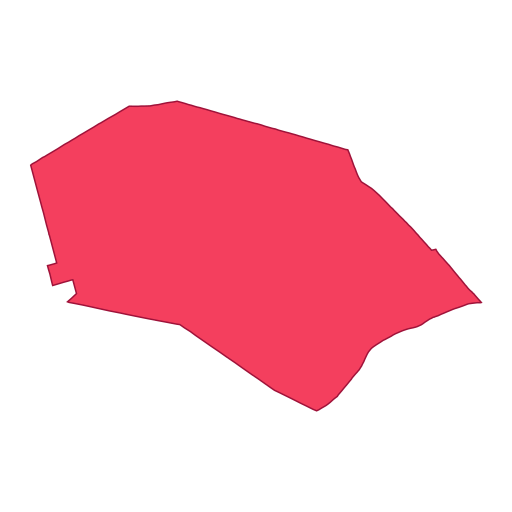 the district of Al-Rutba, Al-Anbar, Iraq
{"feature_id": "34846034B71122492404189", "entity_name": "Al-Rutba", "entity_type": "district", "adm_level": 2, "iso_a3": "IRQ", "parent_name": "Iraq", "parent_adm1": "Al-Anbar", "projection": "natural_earth1", "projection_center": [41.592, 32.564], "detail": "fine", "context": "isolated", "style": "filled", "palette": "rose", "viewbox_px": 512, "rotation_deg": 0, "n_neighbors": 0, "source": "geoboundaries", "source_scale": "gbopen_adm2", "svg_char_len": 4096}
<svg xmlns="http://www.w3.org/2000/svg" viewBox="0 0 512 512"><path d="M435.8,249.3L433.4,249.9L431.5,250.2L429.9,248.3L428.2,246.7L426.6,244.7L424.0,241.9L421.9,239.5L419.8,237.3L417.9,234.9L416.5,233.5L415.1,231.9L414.2,230.8L412.2,228.6L410.6,226.9L408.6,225.1L406.4,222.6L404.9,221.3L403.2,219.4L401.1,217.4L399.2,215.6L397.8,214.1L396.0,212.3L394.2,210.5L393.0,209.1L392.4,208.5L390.5,206.9L387.9,204.1L385.3,201.4L383.1,199.2L380.3,196.3L379.0,195.0L378.4,194.5L376.2,192.5L374.0,190.5L371.5,188.4L368.7,186.6L366.0,184.8L363.6,183.3L362.3,182.5L361.2,181.7L359.9,179.5L358.7,177.5L357.7,175.4L356.8,173.2L356.1,171.4L355.3,169.1L354.3,166.9L353.4,164.5L352.5,161.9L351.5,159.1L350.4,156.4L349.5,153.8L348.1,150.5L347.8,149.8L345.3,149.4L341.8,148.3L338.0,147.1L333.6,146.0L331.1,145.2L328.8,144.4L323.9,143.1L319.5,141.8L315.1,140.6L310.4,139.2L306.8,138.2L302.7,136.9L299.0,135.9L295.2,134.7L292.2,133.9L289.2,133.0L285.6,132.1L282.3,131.2L278.7,130.2L275.4,129.0L272.5,128.4L268.6,127.3L265.1,126.3L261.4,125.0L257.2,123.8L254.7,123.3L251.8,122.5L249.4,121.8L249.1,121.7L248.9,121.7L245.4,120.7L242.4,119.9L239.8,119.1L237.3,118.5L234.7,117.6L231.2,116.6L227.6,115.6L223.1,114.4L219.2,113.3L215.0,112.0L210.7,110.8L206.8,109.6L203.1,108.6L200.1,107.7L196.9,107.0L194.2,106.2L191.4,105.3L188.5,104.6L185.5,103.6L181.3,102.4L178.7,101.7L177.2,101.2L174.4,101.8L171.5,102.2L171.2,102.2L167.6,102.7L165.4,103.1L162.6,103.7L158.1,104.7L154.3,105.1L150.2,105.9L147.4,106.0L143.7,106.1L140.9,106.1L138.0,106.3L134.2,106.3L129.9,106.2L129.2,106.2L128.0,106.9L120.2,111.5L115.3,114.5L108.3,118.4L105.3,120.2L100.8,122.9L98.6,124.0L96.9,125.1L93.4,127.3L88.6,130.1L82.9,133.5L79.2,135.6L75.2,138.2L71.9,140.1L68.7,142.1L64.5,144.4L57.8,148.7L52.1,152.1L47.0,155.1L44.8,156.5L42.6,157.5L36.5,161.6L32.2,163.9L30.7,165.2L31.8,169.3L35.3,182.5L37.1,189.3L40.9,203.3L41.7,206.4L43.5,212.8L46.5,224.8L48.7,232.7L49.0,234.5L49.4,235.3L49.5,235.7L51.0,241.3L56.7,263.0L54.3,263.8L52.4,264.3L49.3,265.2L47.5,265.6L48.5,269.4L49.9,274.0L50.8,277.9L51.8,282.1L52.4,284.5L52.7,285.5L60.5,283.2L63.8,282.2L67.9,281.1L71.5,280.0L72.8,279.8L76.5,293.6L73.6,296.3L71.4,298.4L69.2,300.3L67.5,301.8L69.0,302.4L74.4,303.4L83.1,305.1L91.8,307.0L96.8,308.1L109.5,310.9L120.3,313.0L121.2,313.2L126.3,314.3L127.8,314.6L135.1,316.1L148.1,318.7L155.1,320.0L155.4,320.1L168.8,322.6L169.2,322.7L176.6,324.1L179.9,324.6L184.4,327.8L190.3,331.5L195.4,335.3L202.9,340.5L210.5,345.8L219.9,352.2L226.7,357.0L234.5,362.3L242.5,368.0L251.9,374.6L258.3,378.9L258.7,379.2L265.9,384.3L271.0,387.9L274.5,390.3L278.3,392.1L289.1,397.4L295.7,400.7L300.8,403.3L306.2,405.9L313.0,409.3L316.6,410.8L318.8,409.8L321.5,408.1L325.7,405.7L327.7,404.3L330.1,402.4L333.4,399.4L335.4,397.8L337.3,396.4L338.3,394.8L341.9,390.6L344.0,388.0L347.2,384.2L349.4,381.5L351.4,379.1L352.2,377.8L354.4,375.2L355.7,373.7L357.1,372.2L358.5,370.5L359.1,369.9L360.2,368.1L361.7,365.8L362.2,364.6L363.8,361.6L364.7,359.4L366.2,356.2L367.2,354.1L368.4,352.0L369.1,351.1L370.1,349.9L370.8,349.0L371.8,348.0L373.6,346.6L376.7,344.5L380.4,342.2L383.2,340.3L385.2,339.4L386.8,338.5L389.1,337.3L391.2,336.2L393.2,334.9L395.5,333.7L397.6,332.8L401.8,331.0L403.6,330.3L405.4,329.7L407.9,328.9L410.8,328.2L412.9,327.8L415.6,327.1L417.2,326.6L419.2,325.7L421.0,324.9L422.6,323.9L425.0,322.1L427.5,320.5L429.6,319.1L431.6,318.2L433.1,317.3L434.3,317.1L435.3,316.6L437.9,315.8L439.8,314.9L441.2,314.2L441.7,314.0L443.5,313.3L446.7,311.9L449.6,310.7L452.9,309.3L455.1,308.5L457.7,307.7L459.5,307.1L462.6,306.0L465.5,304.9L467.2,304.2L468.9,303.7L470.6,303.5L472.8,303.2L474.6,303.0L477.2,302.7L479.6,302.7L480.5,302.7L481.3,302.5L480.6,301.6L478.2,299.0L474.8,295.1L473.6,293.6L472.4,292.7L471.9,291.9L470.6,290.9L469.6,290.0L468.0,288.3L466.2,286.0L465.2,285.0L464.6,284.2L460.5,279.1L459.0,277.5L457.6,275.7L455.9,273.7L454.4,271.9L453.6,270.9L452.8,269.9L452.2,269.1L451.1,267.8L449.2,265.4L448.2,264.4L444.7,260.5L443.0,258.5L441.8,257.3L440.4,255.7L438.8,254.0L437.7,252.4L436.6,250.9L436.3,250.1L435.8,249.3Z" fill="#f43f5e" stroke="#9f1239" stroke-width="1.5"/></svg>